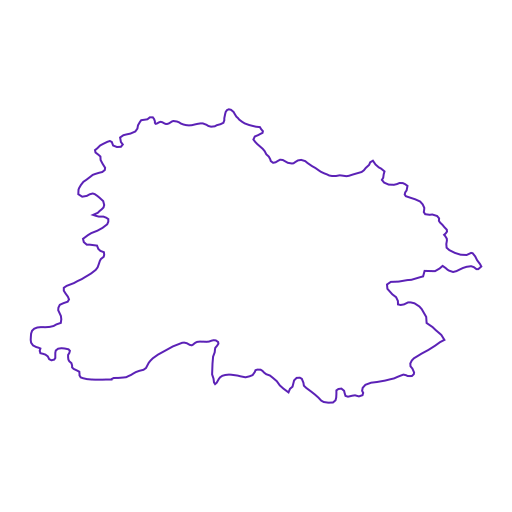 Rechytsa, Gomel, Belarus (Equal Earth projection)
{"feature_id": "67162791B36955231142498", "entity_name": "Rechytsa", "entity_type": "district", "adm_level": 2, "iso_a3": "BLR", "parent_name": "Belarus", "parent_adm1": "Gomel", "projection": "equal_earth", "projection_center": [30.22, 52.327], "detail": "fine", "context": "isolated", "style": "outline", "palette": "violet", "viewbox_px": 512, "rotation_deg": 0, "n_neighbors": 0, "source": "geoboundaries", "source_scale": "gbopen_adm2", "svg_char_len": 5954}
<svg xmlns="http://www.w3.org/2000/svg" viewBox="0 0 512 512"><path d="M141.2,120.2L139.9,122.0L138.0,125.3L137.4,128.6L135.3,131.5L130.4,133.6L126.6,134.4L123.4,135.2L120.1,137.5L120.9,142.0L122.8,144.5L120.9,146.8L116.9,147.0L113.1,145.5L111.8,142.0L109.9,141.0L107.4,141.8L103.1,143.9L100.1,145.5L97.2,148.4L95.0,150.1L95.5,152.5L98.5,154.8L100.4,156.5L100.6,160.0L102.5,163.6L105.1,167.8L104.8,170.0L102.3,172.0L99.0,172.8L95.1,174.0L92.7,174.9L90.3,176.8L89.1,177.7L86.5,179.7L83.4,181.8L80.9,185.0L79.1,188.1L78.5,189.7L78.3,194.2L82.2,196.7L86.8,195.9L89.7,194.3L92.7,193.5L94.7,194.1L97.3,195.9L99.4,197.6L103.2,201.1L104.2,205.0L103.5,207.5L101.7,209.3L99.6,211.0L97.8,212.8L93.1,214.9L95.8,215.8L98.8,216.6L103.4,216.6L106.2,217.7L108.3,219.1L108.3,221.7L107.2,224.3L102.5,227.9L97.4,230.7L91.3,233.1L88.0,235.1L85.2,237.2L83.0,238.8L83.8,242.1L86.8,244.7L90.1,244.7L97.0,245.6L98.3,248.9L100.4,250.9L103.9,252.2L104.2,254.8L103.7,256.8L100.9,259.0L99.9,260.8L98.8,264.1L97.6,267.4L95.7,269.9L91.2,273.4L88.1,275.3L84.4,277.5L81.8,279.1L77.5,281.1L73.9,283.1L69.7,284.7L66.6,285.9L63.8,287.8L63.8,290.7L65.5,293.4L67.9,296.7L69.0,299.4L67.7,301.7L63.6,303.1L59.8,304.8L58.4,307.7L58.2,310.2L59.6,313.2L60.9,316.0L61.3,319.3L60.8,322.9L56.4,324.4L53.6,326.0L49.7,326.9L45.5,327.2L41.0,327.1L37.3,327.5L34.2,328.7L32.1,330.7L31.1,333.6L30.9,336.2L30.7,339.9L31.1,342.7L33.0,345.4L36.1,347.0L38.5,347.7L40.4,348.5L39.7,350.8L40.4,353.2L43.0,353.8L45.4,354.6L47.8,356.4L49.2,359.2L51.5,360.3L54.2,359.6L55.3,358.0L55.3,352.8L55.8,350.5L58.1,348.7L61.5,348.2L64.7,348.5L68.5,349.3L69.9,350.8L69.3,353.0L68.1,354.9L68.1,357.3L68.4,359.6L69.3,361.3L71.4,363.1L72.1,365.5L72.1,367.4L73.6,368.9L76.6,370.3L79.3,371.7L79.5,373.8L79.5,375.4L80.7,377.4L83.0,378.2L86.9,379.1L91.3,379.5L96.0,379.7L101.7,379.7L106.9,379.5L111.6,379.5L111.7,379.0L113.7,378.0L118.6,377.9L123.4,377.5L126.2,377.2L128.4,376.1L131.1,374.9L133.0,373.7L135.8,372.1L139.4,370.8L143.5,369.8L146.0,368.0L148.0,364.2L148.8,362.7L150.5,360.6L152.8,358.3L158.0,354.6L165.3,350.6L172.9,346.4L179.3,343.9L182.1,342.8L184.1,342.6L186.8,343.2L189.8,344.9L191.7,345.3L192.9,344.7L194.2,343.6L195.4,342.7L197.1,341.9L199.8,341.6L204.1,341.7L206.5,341.8L208.9,341.6L211.8,340.6L213.7,340.2L215.8,340.4L218.1,342.0L218.4,343.7L217.1,345.7L215.3,347.8L215.0,349.3L214.7,352.3L213.1,356.6L212.5,363.6L212.1,374.4L213.5,378.6L214.0,382.4L215.1,384.1L216.7,382.7L218.8,379.0L220.1,377.3L222.3,375.8L225.2,375.0L228.9,374.6L231.0,374.7L235.6,375.3L237.7,375.6L240.4,376.3L245.5,377.3L249.6,376.3L252.6,375.1L254.8,372.0L255.5,370.2L257.4,369.6L260.6,369.7L262.5,370.9L264.1,372.6L266.2,374.2L269.9,375.5L272.7,377.7L276.8,381.2L279.8,385.4L283.4,388.6L288.5,392.4L290.0,388.8L292.5,386.7L293.4,383.2L294.1,380.4L296.6,377.9L299.8,377.7L301.8,378.8L303.4,382.7L303.9,385.7L306.2,387.9L311.2,391.6L315.0,394.6L318.4,397.6L321.2,400.6L323.7,402.0L328.4,402.7L333.0,402.5L335.5,400.3L336.2,397.6L336.4,393.9L336.4,390.4L338.4,389.0L341.4,388.6L344.1,390.8L344.6,393.0L345.5,395.9L348.0,396.7L352.3,395.7L355.0,395.3L358.9,396.4L362.5,395.2L363.2,392.9L362.1,390.8L362.7,387.8L365.4,384.8L371.1,382.7L377.0,382.0L385.0,380.6L390.2,379.3L394.1,378.4L397.2,377.0L400.2,375.8L403.4,374.6L406.0,375.2L407.6,376.0L410.2,376.1L411.9,376.0L413.8,374.2L414.1,372.5L413.4,370.9L412.4,368.6L410.5,366.3L410.3,363.5L411.8,360.5L413.9,358.3L416.4,356.8L421.6,353.6L428.3,350.0L435.1,345.7L440.1,342.1L444.4,339.9L441.3,334.9L435.6,330.0L432.6,327.1L426.6,323.0L426.2,316.9L421.7,309.1L419.4,306.5L414.5,303.3L410.7,302.4L408.1,302.4L404.0,304.4L400.6,305.0L398.0,304.4L397.9,301.0L396.1,297.2L392.3,294.3L387.4,288.8L387.0,284.5L390.8,281.9L398.6,281.6L407.3,280.1L411.4,279.8L420.1,277.2L423.1,276.4L424.6,270.9L432.1,271.1L435.1,271.1L439.6,268.5L442.6,265.9L445.6,268.0L447.5,269.7L449.0,270.6L453.1,272.0L456.5,271.1L458.7,270.0L462.9,268.0L466.6,266.8L471.1,266.2L473.8,267.1L476.4,269.1L478.3,269.1L481.3,266.5L480.1,264.2L477.1,260.2L475.2,256.4L472.6,253.2L471.1,252.9L469.2,253.8L466.6,255.0L460.6,254.7L454.9,252.9L449.3,250.1L446.6,247.7L446.3,244.0L446.9,240.6L446.8,238.7L445.3,236.2L444.1,234.8L445.6,233.5L447.0,231.6L446.8,229.7L444.3,227.1L442.5,224.9L440.0,222.5L438.9,220.8L439.1,218.4L437.1,216.0L432.3,214.5L429.7,214.8L425.2,214.2L423.8,212.1L424.1,210.3L424.3,207.9L422.7,204.4L420.1,201.5L417.2,200.2L415.2,199.3L410.3,197.7L405.8,196.2L404.7,194.5L405.2,192.4L406.6,190.4L407.5,185.9L405.0,184.1L402.8,183.1L399.5,183.0L396.9,184.1L393.9,184.8L388.7,184.6L384.1,182.6L381.9,179.9L383.2,177.8L383.7,174.3L384.5,171.4L381.1,168.6L378.8,167.4L375.5,164.5L372.9,160.7L370.2,162.3L369.1,164.9L365.7,168.0L363.9,170.3L361.6,172.0L356.0,173.6L352.6,174.6L348.9,175.8L346.5,176.2L342.2,175.6L339.7,175.3L336.0,176.0L332.0,176.0L329.2,175.5L327.0,174.4L324.3,173.4L320.9,171.8L318.8,170.4L315.4,168.0L312.0,166.1L307.5,163.0L305.2,161.1L301.2,159.9L298.0,160.4L295.5,161.9L293.5,163.3L291.9,163.5L287.8,162.8L286.2,161.9L282.8,160.0L280.1,159.7L277.9,160.9L275.6,162.3L273.1,162.8L270.8,161.1L270.2,159.2L268.8,156.6L266.3,154.3L264.7,151.2L262.7,148.8L259.5,146.0L257.3,144.1L255.2,141.9L253.4,139.5L254.8,136.5L258.2,135.1L260.4,133.9L262.5,132.9L262.9,131.2L261.1,129.1L259.9,127.1L255.9,126.7L252.2,125.8L249.1,125.0L244.7,123.4L242.1,121.8L239.2,119.6L237.9,118.0L236.4,116.7L234.6,113.8L233.6,112.0L231.0,109.8L228.8,109.3L227.0,110.1L225.7,111.9L225.2,113.8L224.3,118.2L224.3,120.3L223.4,122.8L220.5,124.2L216.8,125.2L214.8,126.3L211.1,126.7L208.4,126.0L206.5,124.8L202.8,123.4L200.5,123.4L197.4,123.9L195.1,124.4L191.8,125.2L188.9,125.4L186.0,125.1L183.4,124.5L180.8,123.5L179.0,122.3L176.9,121.5L173.3,121.0L171.9,121.5L170.2,122.6L168.7,123.5L167.0,124.0L165.5,123.9L163.6,123.0L162.5,122.3L160.6,121.8L159.1,122.3L156.7,123.6L155.6,123.8L154.9,122.8L154.9,121.3L154.1,119.1L152.8,117.3L149.9,117.3L147.4,119.3L144.7,119.7L141.2,120.2Z" fill="none" stroke="#5b21b6" stroke-width="2"/></svg>